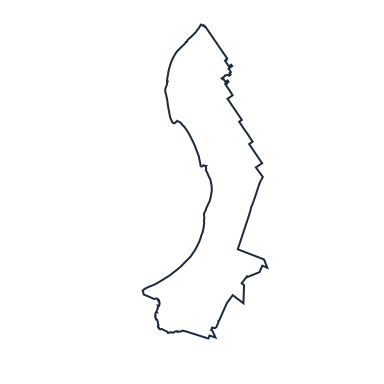 outline of Huatabampo, Sonora, Mexico, rotated 56°
{"feature_id": "50627088B14557669521894", "entity_name": "Huatabampo", "entity_type": "district", "adm_level": 2, "iso_a3": "MEX", "parent_name": "Mexico", "parent_adm1": "Sonora", "projection": "mercator", "projection_center": [-109.361, 26.605], "detail": "fine", "context": "isolated", "style": "outline", "palette": "slate", "viewbox_px": 384, "rotation_deg": 56, "n_neighbors": 0, "source": "geoboundaries", "source_scale": "gbopen_adm2", "svg_char_len": 5579}
<svg xmlns="http://www.w3.org/2000/svg" viewBox="0 0 384 384"><g transform="rotate(56 192 192)"><path d="M322.6,260.4L322.6,260.2L320.8,257.8L325.8,253.9L317.2,252.6L317.0,253.0L316.3,252.0L315.8,251.5L315.6,251.2L315.8,251.0L316.1,250.8L316.4,250.5L316.5,250.5L317.7,248.9L317.7,247.5L314.8,242.9L313.7,242.4L313.7,241.3L313.0,240.2L303.7,225.4L300.3,215.9L313.0,211.6L298.3,200.9L295.5,201.9L292.7,193.7L293.4,193.8L296.2,180.9L292.4,174.9L296.9,171.9L288.2,170.0L265.1,186.1L243.6,158.3L239.7,153.5L237.7,151.5L237.5,151.2L236.2,149.0L236.0,148.7L230.8,141.7L223.0,131.8L223.1,131.6L221.9,130.2L220.4,127.2L219.2,124.9L207.3,125.3L207.4,117.8L184.3,117.8L184.2,117.8L184.2,113.6L172.9,113.5L172.3,113.6L160.1,113.6L160.1,110.4L134.5,110.4L134.6,108.6L134.5,104.3L132.9,104.2L130.4,104.1L125.1,104.1L121.0,104.1L121.0,102.9L121.7,102.9L121.7,102.4L121.0,102.4L121.0,100.1L119.5,100.1L119.5,102.7L115.5,102.7L115.5,103.5L115.0,103.5L114.9,103.7L114.4,103.8L114.4,101.4L114.4,101.1L114.3,100.6L114.1,100.3L113.9,99.5L114.1,99.4L114.4,98.2L114.7,97.3L115.3,96.6L115.8,96.2L116.4,96.2L116.4,95.3L116.2,94.5L115.9,94.7L114.4,94.5L114.4,92.8L113.3,92.7L110.1,92.7L110.1,88.3L108.5,88.3L108.5,91.2L101.7,91.2L102.0,89.6L101.9,89.5L101.1,89.5L101.1,88.2L97.6,88.2L96.2,88.2L91.9,88.3L84.2,88.3L70.7,88.4L62.2,88.5L62.2,89.1L60.1,89.1L60.2,90.0L58.2,91.0L59.0,92.8L59.7,94.2L60.1,95.0L60.5,96.2L60.4,96.5L60.5,96.9L60.7,97.4L61.1,98.2L61.5,99.2L61.8,100.2L62.0,101.5L62.5,103.7L62.6,104.8L62.8,105.3L63.0,106.7L63.2,109.2L63.7,111.1L63.9,111.4L64.0,111.5L64.3,111.7L64.4,112.0L64.5,112.6L64.4,112.7L64.3,113.0L64.3,113.4L64.7,113.9L65.0,114.9L65.2,115.8L65.7,118.7L66.0,120.6L66.8,124.5L67.2,126.3L68.0,128.3L68.8,130.0L69.7,131.7L71.7,135.2L72.8,136.8L73.0,137.0L73.3,137.5L77.1,142.2L77.7,142.8L78.0,142.9L78.3,143.5L81.8,146.8L83.7,148.7L84.9,149.7L85.3,150.0L85.6,150.0L85.9,150.1L85.7,150.2L85.7,150.4L85.9,150.5L86.2,150.8L87.0,151.3L87.8,151.8L88.5,152.4L89.0,152.9L90.3,154.7L91.1,155.9L91.8,156.7L92.5,157.2L92.9,157.4L93.6,157.9L94.2,158.2L94.8,158.4L95.8,158.7L98.2,159.6L100.5,160.5L104.2,162.2L105.1,162.8L107.1,163.7L114.4,166.9L116.2,167.6L117.6,168.3L119.7,168.8L121.7,169.0L123.3,169.3L123.8,169.2L124.4,169.0L124.6,168.9L125.1,168.2L125.3,167.6L125.2,167.0L125.0,166.4L125.0,166.1L124.9,165.9L124.9,165.7L125.3,164.5L125.1,164.4L126.1,163.7L126.9,163.2L128.2,162.9L128.4,162.7L129.2,162.5L129.3,162.6L130.5,162.5L131.8,162.3L133.1,162.1L133.8,161.9L136.3,161.8L138.0,161.8L140.4,161.9L141.9,162.0L145.8,162.4L149.4,162.9L151.9,163.2L154.7,163.7L156.2,164.0L161.2,165.2L165.8,166.3L166.5,166.5L169.5,167.8L173.9,169.6L174.5,170.0L175.0,170.3L175.3,170.3L175.8,170.2L176.2,169.9L176.4,169.5L176.5,169.0L176.3,168.1L176.2,167.7L178.4,165.7L178.5,166.1L179.1,166.7L179.8,166.8L180.6,167.2L181.2,167.9L181.6,168.3L182.0,168.4L182.9,168.4L183.8,168.5L185.6,168.8L188.4,169.4L191.4,169.7L192.2,169.9L195.0,171.0L195.3,171.2L197.0,171.9L199.4,173.2L200.7,174.0L201.8,174.8L203.2,176.0L204.8,177.5L206.0,178.7L206.2,178.9L206.5,179.1L206.7,179.4L206.9,179.5L207.0,179.7L207.2,179.9L207.6,180.5L208.1,180.9L209.0,182.0L209.8,183.0L210.4,184.2L210.5,184.3L211.0,185.2L211.7,186.4L212.0,186.8L213.3,189.1L214.8,190.9L216.1,193.2L216.4,193.8L216.7,194.2L217.2,194.6L218.5,195.3L219.6,195.8L221.2,196.9L221.4,197.1L222.1,198.0L223.3,198.5L224.7,199.4L227.4,201.8L229.2,203.4L230.7,205.1L231.3,205.7L232.4,207.3L233.2,208.5L233.9,209.4L234.5,210.0L237.3,213.8L238.4,215.7L238.7,216.2L239.4,217.5L240.9,220.2L241.0,220.4L241.2,220.7L242.1,222.6L242.8,224.2L243.3,225.9L243.9,227.1L244.5,228.6L245.0,230.4L246.0,235.3L246.3,237.2L247.2,241.2L247.7,244.4L248.0,247.3L248.7,257.1L248.6,259.0L248.4,265.7L248.3,268.1L248.2,269.7L248.0,272.9L247.7,275.1L247.0,278.6L246.3,282.0L246.2,282.7L246.1,283.2L246.0,283.8L246.0,284.2L245.9,284.6L245.9,285.0L245.9,285.5L246.0,286.2L245.9,286.3L246.0,287.0L246.3,288.2L246.6,288.3L246.8,288.1L250.0,289.4L251.6,288.3L254.1,286.6L259.6,283.2L259.9,282.3L260.0,281.9L260.2,281.4L260.4,281.2L260.6,280.7L260.9,280.5L261.3,280.3L261.5,280.4L261.8,280.4L262.0,280.6L262.6,280.7L262.8,280.8L263.0,280.8L263.3,280.6L263.5,280.1L263.5,279.9L264.0,280.0L264.3,280.2L264.5,280.4L264.6,280.7L264.7,280.8L265.5,281.0L266.0,281.2L266.3,281.1L266.5,281.2L266.7,281.7L267.1,282.1L267.3,282.2L267.3,282.5L267.5,282.7L267.6,282.9L267.7,283.3L267.7,283.7L267.3,283.6L267.2,283.7L267.3,283.7L267.2,283.8L267.9,283.9L268.3,284.5L268.4,284.8L268.6,285.0L268.8,285.3L269.3,285.6L269.6,285.6L269.8,285.9L270.1,286.4L270.4,287.2L270.9,288.0L271.1,288.2L271.3,288.3L271.7,288.4L272.0,288.4L271.9,288.5L271.8,288.9L271.7,289.2L271.8,289.6L272.1,290.1L272.7,290.7L273.0,291.0L273.3,291.1L273.7,291.2L273.8,291.2L274.0,291.2L274.3,291.3L274.5,291.9L274.7,292.1L274.8,292.4L274.9,292.5L275.3,292.6L275.9,292.6L276.6,292.6L276.9,292.7L277.3,293.0L277.4,292.7L277.7,292.5L278.1,292.4L278.7,292.5L279.5,292.7L281.2,293.3L281.6,293.5L282.8,294.0L283.7,294.3L283.9,294.4L284.0,295.1L284.4,295.5L284.7,295.6L285.1,295.7L285.5,295.6L285.7,295.4L286.0,295.3L286.7,295.8L286.8,295.8L287.0,295.7L287.3,295.6L287.7,295.3L287.9,295.3L288.1,295.2L288.3,294.7L288.5,293.8L294.4,290.5L295.0,290.5L295.4,290.7L296.2,289.0L296.3,288.1L296.4,287.9L297.0,287.4L297.8,286.5L298.1,286.2L298.3,286.0L298.1,284.5L298.8,282.6L299.1,282.3L299.6,282.4L300.1,282.1L300.1,281.5L300.3,280.9L300.9,280.3L301.0,280.1L301.1,279.8L301.5,278.9L301.5,278.2L301.7,277.6L301.9,277.1L302.2,276.8L302.8,276.5L303.1,276.3L303.2,275.9L303.4,275.6L322.6,260.4Z" fill="none" stroke="#1e293b" stroke-width="2"/></g></svg>